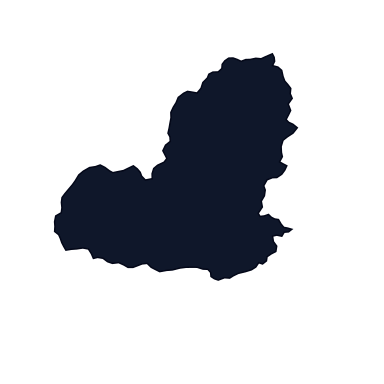 the district of Laranjal, Minas Gerais, Brazil, rotated 240°
{"feature_id": "56859067B14961603422166", "entity_name": "Laranjal", "entity_type": "district", "adm_level": 2, "iso_a3": "BRA", "parent_name": "Brazil", "parent_adm1": "Minas Gerais", "projection": "robinson", "projection_center": [-42.451, -21.352], "detail": "fine", "context": "isolated", "style": "filled", "palette": "ink", "viewbox_px": 384, "rotation_deg": 240, "n_neighbors": 0, "source": "geoboundaries", "source_scale": "gbopen_adm2", "svg_char_len": 2241}
<svg xmlns="http://www.w3.org/2000/svg" viewBox="0 0 384 384"><g transform="rotate(240 192 192)"><path d="M109.8,259.8L112.9,256.8L115.5,253.8L119.8,253.1L124.9,253.1L127.3,250.1L130.4,248.1L134.3,247.0L135.1,242.7L136.8,238.7L140.5,238.7L143.8,245.4L149.4,247.4L152.5,252.8L157.1,256.4L161.5,257.2L165.0,263.1L164.2,268.8L162.1,272.7L162.5,278.6L164.5,283.2L167.3,287.2L170.9,284.9L174.3,282.9L177.4,287.9L181.5,289.2L186.8,291.9L191.3,296.7L192.1,302.1L192.5,309.0L195.0,315.3L200.2,313.3L204.0,310.6L207.7,309.7L210.7,314.4L213.3,318.2L220.1,319.3L223.0,325.6L228.0,326.2L232.3,329.3L237.1,328.7L241.7,327.8L246.5,328.6L252.5,330.5L257.2,328.9L261.2,324.9L263.9,328.9L267.6,330.5L271.5,330.7L272.4,323.2L272.8,318.5L275.9,314.1L277.7,308.6L279.8,304.8L280.6,299.9L284.2,297.4L287.5,294.6L289.6,290.7L289.2,286.0L287.5,282.0L284.0,279.6L282.9,274.7L285.4,270.0L285.6,265.5L283.1,262.4L281.4,256.2L277.3,251.7L275.2,245.9L278.8,241.6L281.4,238.4L281.7,234.1L280.8,227.4L277.3,222.9L274.8,218.2L271.5,213.5L266.7,210.9L263.0,207.7L258.8,204.2L254.9,200.6L250.8,200.5L246.7,198.5L245.8,192.5L242.3,187.4L237.7,187.2L233.6,187.0L231.8,182.7L232.4,175.6L231.5,170.6L227.8,166.6L223.4,164.2L225.7,157.6L230.9,156.3L235.0,157.0L239.4,156.2L244.0,154.3L244.5,147.9L244.8,143.4L246.5,138.5L248.3,133.1L251.6,131.1L256.8,128.9L261.3,126.0L262.2,121.1L264.4,115.5L264.4,108.3L263.4,102.5L260.1,96.5L258.0,91.9L256.2,86.9L254.1,81.1L252.2,76.7L248.3,73.7L243.4,71.5L239.4,68.4L239.4,62.0L234.9,58.1L230.7,56.1L226.5,53.3L221.7,55.2L217.8,54.8L213.2,53.9L209.1,53.7L204.7,53.7L202.7,59.0L200.4,63.7L198.1,69.5L194.4,73.8L188.8,74.0L183.8,73.4L182.6,77.5L179.1,81.8L173.9,84.0L170.0,87.4L167.5,93.2L162.9,96.5L158.7,98.9L156.2,103.3L155.3,108.8L154.7,112.8L152.6,117.5L147.2,119.0L143.6,121.3L139.2,124.2L136.8,130.9L134.3,136.1L132.2,143.5L129.9,149.0L127.2,153.9L124.3,158.8L119.8,162.9L117.1,167.1L113.0,167.9L109.3,166.2L105.7,168.0L102.6,170.7L101.5,177.3L98.6,181.6L98.8,185.8L98.4,191.4L96.3,198.5L94.9,204.6L95.1,209.7L97.4,214.4L94.4,217.1L95.1,222.0L98.4,224.6L98.8,229.3L98.6,234.9L102.8,238.3L108.4,237.7L113.5,239.7L112.3,243.8L108.8,247.7L111.1,251.7L109.2,255.7L109.8,259.8Z" fill="#0f172a" stroke="#020617" stroke-width="1.5"/></g></svg>